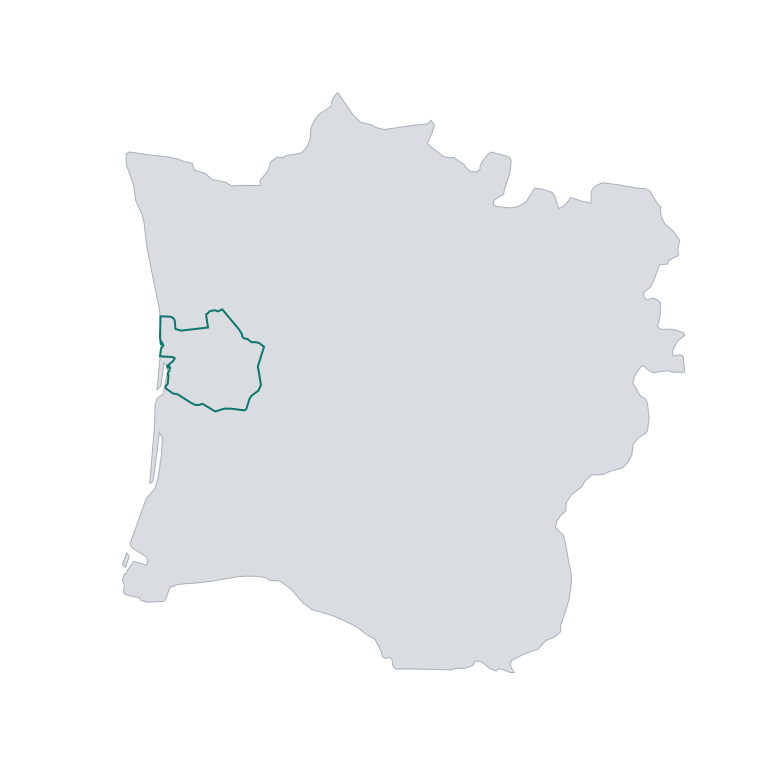 location of Sud-Bandama within Ivory Coast, rotated 100°
{"feature_id": "CIV-3447", "entity_name": "Sud-Bandama", "entity_type": "Department", "adm_level": 1, "iso_a3": "CIV", "parent_name": "Ivory Coast", "parent_adm1": "", "projection": "mercator", "projection_center": [-5.503, 5.631], "detail": "fine", "context": "in_parent", "style": "outline", "palette": "teal", "viewbox_px": 768, "rotation_deg": 100, "n_neighbors": 0, "source": "natural_earth", "source_scale": "10m", "svg_char_len": 5357}
<svg xmlns="http://www.w3.org/2000/svg" viewBox="0 0 768 768"><g transform="rotate(100 384 384)"><path d="M161.3,142.2L164.0,142.1L171.1,140.1L177.4,135.3L183.4,125.5L191.4,117.6L200.5,118.2L203.2,116.7L206.4,116.5L210.1,121.6L214.0,125.6L216.7,125.7L218.7,133.2L235.2,136.3L242.3,138.4L248.2,143.9L250.3,144.0L252.8,142.9L254.8,140.9L255.2,138.9L252.6,133.9L253.7,129.5L256.4,125.5L260.7,125.3L267.1,124.1L274.4,124.1L279.9,124.8L282.1,120.9L280.0,109.7L280.6,103.6L281.5,98.4L283.5,96.3L291.7,102.8L299.2,105.2L304.5,105.4L306.0,104.1L303.7,97.0L304.4,94.9L306.3,93.6L309.9,92.9L319.4,90.0L320.4,90.6L322.2,101.8L321.4,105.5L323.4,113.1L325.9,120.1L325.7,123.0L323.6,127.4L321.2,131.4L321.5,133.0L325.3,135.7L332.6,138.6L340.1,139.2L344.3,135.1L348.7,131.8L351.7,128.8L352.8,124.4L357.6,121.1L371.2,117.1L383.8,116.4L386.9,117.7L392.5,123.9L399.8,128.1L410.7,127.6L418.7,130.1L425.6,134.9L430.2,145.4L435.3,153.0L437.5,163.8L445.4,169.5L451.7,172.0L460.1,179.9L468.9,183.9L478.0,183.0L482.2,187.1L489.0,190.0L495.8,190.2L501.7,181.1L509.6,177.6L529.5,170.3L537.3,167.1L545.3,165.0L564.4,164.3L582.2,166.6L591.1,168.2L597.1,167.0L602.9,171.3L608.8,180.3L613.6,183.2L618.6,186.3L622.3,193.4L626.6,200.5L629.0,203.6L634.3,210.6L638.9,210.7L643.4,207.7L645.4,205.4L646.2,210.0L644.4,217.5L644.8,222.1L647.3,223.8L646.0,229.8L640.7,239.8L640.7,245.8L645.9,247.7L649.6,254.0L651.8,264.8L654.1,268.5L654.3,270.7L658.1,296.9L662.7,323.2L659.8,326.6L655.7,327.6L653.0,328.8L652.3,331.2L654.0,334.8L652.9,338.1L647.8,340.4L636.8,348.7L636.0,352.0L633.1,359.1L630.6,363.5L627.0,371.5L621.3,392.7L619.2,410.3L618.8,415.8L616.6,419.5L614.1,425.0L602.1,440.1L596.0,452.4L596.8,457.7L597.1,463.1L595.2,467.0L595.6,477.4L597.1,486.1L599.2,494.6L607.9,518.8L612.4,533.4L615.2,545.2L617.7,553.2L620.0,556.4L621.0,559.4L633.9,561.6L636.4,563.4L639.9,578.8L639.3,585.7L636.8,588.4L636.9,594.2L636.3,601.6L634.4,604.4L627.2,604.8L622.3,607.6L615.8,606.5L615.2,604.7L611.7,604.0L602.1,599.9L603.7,586.5L599.3,585.9L595.8,587.7L589.0,603.7L585.8,606.5L538.0,598.2L527.6,591.6L515.1,590.1L493.5,590.8L475.6,592.8L470.5,596.8L515.6,594.5L520.5,594.9L522.7,597.4L465.7,602.7L443.9,605.8L437.4,604.9L432.5,599.8L408.9,599.2L404.0,600.9L401.1,604.6L410.4,603.8L425.1,603.6L429.1,606.5L383.1,610.3L351.2,617.5L337.7,622.8L293.2,640.3L266.0,648.6L258.9,651.7L246.6,660.3L230.7,665.6L212.9,675.7L202.1,678.0L199.6,674.8L199.3,657.7L197.8,634.9L198.4,626.1L199.8,617.9L199.9,611.1L205.3,608.5L206.7,605.7L207.5,596.8L212.6,588.7L212.7,574.6L214.2,571.7L215.3,567.9L213.1,558.7L210.3,541.2L209.0,540.1L207.7,540.8L204.9,541.2L193.7,535.1L185.1,534.1L179.1,528.9L178.7,523.1L175.7,519.6L173.7,512.8L170.6,505.1L162.1,500.3L154.2,499.2L148.5,500.2L141.8,499.9L134.2,497.3L128.9,494.3L124.0,488.7L119.3,484.1L115.6,484.7L111.1,483.6L106.7,481.5L105.3,479.9L123.8,461.8L130.1,452.9L130.7,447.5L130.8,442.0L132.8,436.4L133.3,427.8L123.1,396.7L120.5,387.0L117.7,384.2L116.0,383.2L121.1,379.2L128.3,380.2L139.3,383.3L141.6,380.2L149.9,364.5L149.7,358.7L148.9,354.6L153.7,343.9L157.6,339.7L159.6,335.2L158.9,329.0L156.0,326.8L152.2,327.2L147.6,325.7L140.6,322.1L137.0,319.0L138.1,304.8L138.8,300.3L141.3,297.8L145.1,297.1L156.0,296.7L164.7,298.3L172.5,299.2L176.6,299.2L179.9,303.5L184.3,307.8L188.2,307.7L189.6,304.5L188.7,290.5L186.1,283.0L180.2,275.8L164.9,269.7L164.6,261.2L166.1,251.9L169.4,248.4L180.8,242.5L178.8,239.3L175.1,236.0L167.9,232.5L169.6,221.4L169.9,211.5L163.9,212.6L157.6,213.2L152.4,210.1L147.9,204.1L147.1,187.5L147.1,168.3L146.3,159.8L148.0,155.3L153.3,151.1L159.2,145.7L161.3,142.2ZM609.6,606.7L607.1,610.4L595.0,608.0L597.9,605.0L609.6,606.7Z" fill="#d9dde1" stroke="#a8b0b8" stroke-width="1"/><path d="M395.6,609.4L389.4,609.7L386.7,609.3L384.4,607.9L381.8,609.8L383.7,610.4L384.4,610.4L377.1,612.7L356.9,615.7L356.2,615.9L356.1,615.7L354.9,606.6L354.9,605.5L355.3,604.0L355.7,603.3L356.0,602.7L356.9,601.8L357.7,601.3L358.5,600.9L365.9,599.0L366.7,593.2L358.9,567.1L347.5,571.0L346.1,571.2L345.8,570.9L345.6,570.4L345.2,569.9L344.2,569.5L343.7,569.2L343.4,568.9L343.0,568.4L342.4,567.8L342.1,567.4L341.9,567.0L341.5,565.2L341.3,564.7L341.1,564.4L340.9,563.9L340.8,562.9L340.8,562.4L340.9,562.0L341.1,561.6L341.3,561.1L341.3,560.2L340.4,558.7L340.0,558.3L339.7,557.8L339.2,557.2L338.6,556.2L355.4,536.3L359.6,532.5L360.4,532.4L361.2,532.1L362.4,531.2L363.0,530.6L363.3,530.0L363.4,528.3L363.3,526.6L365.8,521.9L365.8,521.1L365.3,519.1L365.0,515.8L365.5,513.8L368.1,508.6L388.5,511.3L406.1,505.1L408.1,505.4L412.4,506.6L418.6,512.5L422.3,514.0L431.7,515.1L433.1,515.6L434.0,516.5L434.3,518.4L434.8,529.7L435.9,536.8L440.4,545.4L435.3,558.5L435.2,559.3L435.2,559.7L435.4,560.1L435.9,560.9L436.7,562.5L436.9,563.0L437.3,564.9L437.3,566.1L437.1,567.3L436.1,570.7L430.3,584.6L430.0,585.6L429.9,586.3L429.9,586.9L430.0,589.1L430.0,589.6L429.9,590.2L426.7,597.2L426.2,597.8L425.9,598.2L425.5,598.5L425.0,598.7L424.3,598.6L423.3,598.3L422.0,597.3L421.1,597.1L419.9,597.1L414.2,597.6L413.3,598.0L413.2,597.8L412.6,597.8L411.6,598.8L409.9,598.4L408.2,597.6L406.8,597.8L406.3,597.8L405.3,597.4L404.8,597.7L404.7,598.6L405.1,599.7L404.8,599.6L403.8,599.1L403.8,600.1L403.8,600.4L404.5,600.1L404.7,600.4L405.0,601.0L404.9,600.9L403.6,600.3L402.6,599.6L397.9,595.6L397.0,595.2L396.0,594.8L394.9,594.6L394.2,597.1L395.6,609.4Z" fill="none" stroke="#0f766e" stroke-width="2"/></g></svg>